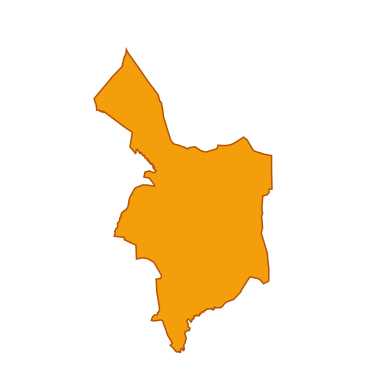 Nueva Vizcaya, Nueva Vizcaya, Philippines (Equal Earth projection), rotated 167°
{"feature_id": "2640588B36229801410553", "entity_name": "Nueva Vizcaya", "entity_type": "district", "adm_level": 2, "iso_a3": "PHL", "parent_name": "Philippines", "parent_adm1": "Nueva Vizcaya", "projection": "equal_earth", "projection_center": [121.302, 16.256], "detail": "fine", "context": "isolated", "style": "filled", "palette": "amber", "viewbox_px": 384, "rotation_deg": 167, "n_neighbors": 0, "source": "geoboundaries", "source_scale": "gbopen_adm2", "svg_char_len": 5710}
<svg xmlns="http://www.w3.org/2000/svg" viewBox="0 0 384 384"><g transform="rotate(167 192 192)"><path d="M264.7,292.8L264.3,292.4L263.6,292.1L263.6,291.6L263.4,291.3L263.2,291.4L262.7,291.5L262.6,291.3L262.5,290.8L261.9,290.7L261.5,290.1L261.3,290.0L261.1,290.0L260.6,290.5L260.5,290.2L260.2,289.9L260.0,289.4L259.6,289.5L259.4,289.7L243.5,270.9L241.4,268.5L236.7,263.6L242.3,249.9L238.9,243.1L238.2,243.2L238.1,242.5L237.6,243.1L237.7,243.4L237.7,243.7L237.2,244.7L237.1,245.2L236.6,245.6L236.4,246.1L236.4,245.5L236.4,245.4L236.2,245.4L235.9,245.6L236.1,245.0L236.0,244.8L235.8,244.7L235.5,244.7L235.2,244.5L235.0,244.0L234.6,243.0L234.6,242.2L234.2,241.5L233.9,241.4L233.8,241.5L233.8,241.3L233.7,241.2L233.4,241.4L233.0,241.3L232.6,241.6L232.4,241.4L232.4,240.9L232.1,240.0L232.0,239.9L232.0,239.7L231.8,239.6L232.0,239.3L232.0,239.1L231.6,238.8L231.5,238.5L231.2,238.7L230.7,238.6L230.6,238.4L230.5,238.5L230.4,238.0L230.2,238.0L230.3,237.6L230.4,237.4L230.3,237.2L230.2,237.0L230.2,236.6L230.1,236.2L229.6,235.9L229.7,235.3L229.2,234.9L228.9,234.7L228.3,234.8L228.2,234.6L227.7,234.1L227.8,233.8L228.1,233.9L228.4,232.9L228.2,232.7L228.0,232.8L228.1,232.5L227.6,232.3L227.3,231.8L227.2,231.2L226.8,231.4L226.9,230.8L226.7,230.6L226.7,230.4L226.5,230.1L226.1,229.9L226.1,229.6L226.3,229.4L226.1,229.0L226.0,228.8L225.8,229.0L225.6,229.1L225.3,228.7L225.3,229.1L224.9,229.0L224.8,228.6L225.0,228.3L224.6,228.4L224.3,228.2L224.2,228.1L224.0,227.6L223.8,227.3L223.8,226.5L224.0,226.1L223.9,225.9L224.2,225.8L224.1,225.6L224.1,225.2L224.1,224.9L224.4,224.8L224.4,224.5L224.2,224.6L224.2,224.3L224.0,223.8L223.8,223.7L223.5,223.9L223.6,223.6L223.5,223.2L223.7,222.7L223.6,222.1L222.6,221.4L222.4,220.8L222.2,220.7L224.4,219.2L229.0,222.2L233.4,221.9L235.5,217.3L230.6,215.3L227.5,208.6L227.3,206.1L234.0,208.8L238.4,210.0L246.5,208.7L252.5,202.3L254.7,199.3L257.5,192.4L258.9,190.7L260.1,189.9L260.6,189.1L261.2,189.1L261.5,189.3L261.8,189.3L262.4,188.7L263.3,188.6L264.8,187.6L265.4,187.4L266.0,186.0L266.6,185.0L266.3,184.1L266.5,183.9L267.1,183.7L267.7,183.4L268.6,182.2L268.4,181.4L269.0,180.7L269.1,180.3L269.6,180.0L269.8,179.7L270.1,179.3L271.2,178.7L271.8,177.8L271.9,177.5L271.8,176.2L272.0,175.2L273.0,174.0L273.2,173.8L274.2,173.6L274.4,173.4L275.2,171.9L276.3,170.8L276.3,170.5L275.9,169.6L275.9,169.2L276.3,168.4L277.2,167.7L277.4,167.4L277.4,166.9L277.7,166.4L268.1,162.9L268.7,160.8L263.4,156.6L258.6,152.8L259.5,147.8L261.2,139.1L255.4,139.1L250.2,137.0L244.9,132.1L240.5,117.6L241.8,114.9L246.7,115.1L246.9,112.3L248.5,104.4L248.8,101.5L249.0,97.2L250.1,84.3L252.0,82.3L252.6,82.3L252.8,81.4L253.3,80.7L254.1,80.1L255.8,80.6L258.4,79.3L260.6,76.0L257.5,74.8L256.2,74.6L254.8,74.7L254.3,74.5L253.2,74.5L252.7,74.4L251.6,74.5L250.3,73.7L249.4,72.6L249.5,71.2L248.7,65.2L247.9,57.6L245.1,49.1L247.7,47.5L245.7,44.7L243.4,40.0L243.1,39.9L242.4,39.4L241.8,39.7L241.6,39.5L241.2,39.3L240.8,39.4L240.5,39.0L240.2,39.0L240.1,38.7L239.6,38.4L239.2,38.5L239.2,38.9L238.9,39.1L238.8,39.7L238.9,40.2L238.6,40.4L238.8,40.6L238.7,40.9L238.5,41.3L238.4,41.6L238.0,41.7L237.6,41.6L237.4,41.8L237.2,41.8L236.9,41.7L236.3,41.3L236.5,40.8L236.2,39.5L235.1,40.0L234.6,42.6L234.7,42.8L234.9,42.7L234.9,42.8L234.7,43.2L234.5,44.4L234.3,45.0L234.0,45.4L233.8,45.6L233.4,45.7L232.9,46.3L232.6,47.0L232.0,47.7L231.8,48.9L231.1,49.6L230.6,50.4L230.5,51.2L230.9,55.5L230.5,56.8L230.1,56.6L229.7,57.0L228.6,57.6L228.4,58.0L227.2,58.1L226.8,57.8L226.4,57.6L225.9,57.7L225.0,58.9L224.7,59.4L224.7,60.1L225.5,60.8L225.9,61.5L226.0,62.2L225.4,64.0L225.7,65.7L226.1,66.7L226.2,67.1L226.0,67.7L225.1,68.7L224.2,69.1L223.9,68.8L223.0,67.3L222.6,65.8L222.3,65.5L222.0,65.5L221.7,65.8L220.8,67.0L220.8,67.5L220.4,68.4L220.1,68.5L219.4,67.9L219.2,67.9L219.0,68.2L218.4,68.6L218.3,69.2L218.1,69.9L218.1,70.6L218.0,70.8L217.7,70.9L217.5,70.7L217.4,70.7L216.8,70.9L216.8,70.6L216.6,70.4L215.9,70.9L215.3,70.5L215.0,70.5L214.6,70.8L214.2,70.5L214.2,70.3L214.0,70.0L213.5,70.1L212.8,69.9L212.8,70.1L212.5,70.4L212.3,70.4L212.0,71.4L211.8,71.6L211.6,71.6L211.1,71.3L210.2,71.8L209.7,72.8L208.8,72.6L208.3,72.7L207.6,72.5L207.6,73.4L207.5,73.6L207.3,73.7L206.8,73.6L206.3,73.4L205.6,73.4L205.3,73.7L205.1,74.2L205.0,74.3L204.4,74.3L204.1,74.6L203.9,74.5L203.6,74.3L203.4,74.2L202.8,74.4L202.3,74.4L201.3,74.0L199.3,74.2L199.0,73.3L198.9,73.4L198.8,73.2L198.6,73.2L198.6,72.8L198.3,72.8L198.1,72.9L197.9,72.5L197.7,72.4L197.0,72.8L196.9,72.8L196.7,72.9L196.5,73.6L196.3,73.3L196.2,73.3L196.1,73.5L196.3,73.7L196.0,74.5L195.6,74.6L193.8,73.6L189.9,72.8L189.2,73.5L187.9,73.7L187.0,74.8L184.3,76.5L183.1,77.1L175.5,78.0L167.2,83.4L166.9,84.0L165.4,85.8L155.3,95.8L152.9,95.8L151.2,94.6L147.1,92.8L145.4,91.0L143.6,88.1L143.0,86.5L137.3,87.9L134.5,99.2L133.1,111.2L132.4,115.4L133.8,136.7L131.3,141.1L129.7,152.5L128.0,155.4L127.8,159.0L127.2,162.0L126.4,164.4L123.8,172.4L119.9,172.3L118.7,172.7L117.1,174.3L116.4,177.3L113.4,176.9L109.7,194.7L106.3,209.6L113.7,212.8L116.7,214.8L119.6,216.3L122.9,218.6L126.6,230.4L129.4,233.9L139.9,230.1L141.9,229.6L145.3,229.3L149.6,229.8L156.2,231.7L156.9,230.2L157.4,229.3L158.0,228.8L158.7,228.5L167.4,227.9L169.9,228.0L171.7,228.9L172.3,229.4L173.4,229.8L175.1,231.2L176.8,233.3L179.0,235.4L182.4,235.7L185.0,235.7L186.2,235.6L186.8,234.9L189.6,237.7L191.3,238.4L194.6,240.7L198.7,242.7L200.6,245.9L201.2,248.3L202.8,271.0L202.2,277.3L201.8,286.1L202.9,287.8L203.2,294.2L204.6,297.6L209.8,309.3L212.0,314.7L214.6,321.6L222.9,341.7L223.9,345.6L225.1,342.0L228.7,337.1L229.2,335.3L229.6,334.9L230.6,332.9L231.1,332.4L231.2,331.9L231.1,331.4L231.2,330.9L231.2,330.4L244.2,321.9L247.9,318.9L266.4,305.0L265.8,297.9L266.4,293.2L264.7,292.8Z" fill="#f59e0b" stroke="#b45309" stroke-width="1.5"/></g></svg>